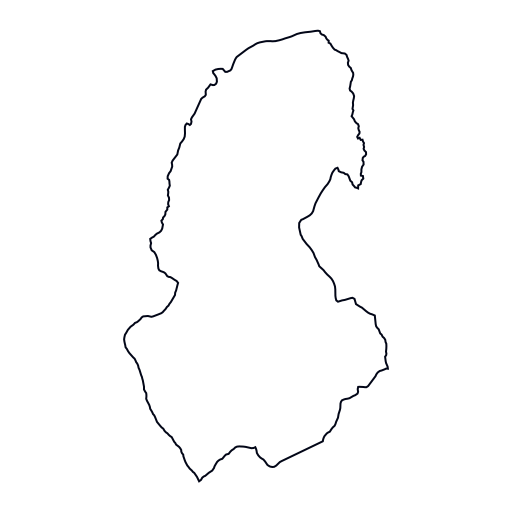 Kabuchai, Western, Kenya
{"feature_id": "3690345B50484339603555", "entity_name": "Kabuchai", "entity_type": "district", "adm_level": 2, "iso_a3": "KEN", "parent_name": "Kenya", "parent_adm1": "Western", "projection": "natural_earth1", "projection_center": [34.605, 0.696], "detail": "fine", "context": "isolated", "style": "outline", "palette": "ink", "viewbox_px": 512, "rotation_deg": 0, "n_neighbors": 0, "source": "geoboundaries", "source_scale": "gbopen_adm2", "svg_char_len": 6032}
<svg xmlns="http://www.w3.org/2000/svg" viewBox="0 0 512 512"><path d="M330.4,43.6L328.6,42.7L328.7,40.7L327.3,39.7L326.3,38.4L325.6,36.7L323.8,35.1L321.8,34.5L320.5,33.3L319.9,31.2L318.0,30.7L315.1,31.0L310.8,31.7L305.0,32.3L300.6,33.0L296.9,34.0L291.8,36.3L289.8,37.0L285.1,38.4L282.3,39.4L279.1,40.3L275.5,41.1L273.9,41.2L272.4,41.3L270.5,41.1L267.1,41.1L265.3,41.3L259.8,42.4L257.3,43.2L255.4,44.2L253.3,45.6L248.5,48.2L246.2,49.8L236.7,57.0L235.8,58.3L235.0,59.8L233.2,64.2L232.3,66.8L231.5,69.0L230.4,70.4L227.0,71.9L225.3,71.9L222.7,68.9L220.8,68.8L218.2,69.0L215.5,69.6L212.8,71.1L213.3,73.2L214.3,74.3L215.6,76.1L216.7,78.3L216.9,81.7L216.1,83.7L214.4,85.0L212.9,85.1L210.5,84.4L208.1,87.7L206.1,89.6L205.6,91.5L205.8,94.8L204.8,96.3L202.6,97.6L201.2,98.9L194.6,113.6L191.9,117.4L191.0,119.3L191.5,121.6L191.0,123.9L189.8,125.0L188.5,124.1L186.8,123.5L185.5,125.0L184.9,126.9L184.9,130.0L185.0,133.4L184.7,136.6L183.7,139.1L182.1,141.4L180.3,143.5L179.3,147.5L178.1,150.5L177.3,154.5L172.6,160.6L171.7,162.7L172.1,164.6L172.2,166.6L170.6,171.2L169.1,173.1L167.7,176.2L167.6,178.7L169.1,179.9L169.4,181.5L169.5,183.5L169.8,185.7L169.0,187.6L167.8,189.8L168.3,191.7L168.2,193.4L167.9,195.4L169.0,197.7L169.1,200.1L168.3,202.0L168.1,204.1L168.9,206.3L167.3,207.4L167.3,209.6L165.5,211.8L165.3,214.5L164.4,216.2L163.1,217.5L162.8,219.2L161.4,220.7L161.9,222.6L163.0,224.5L162.2,228.6L161.1,230.8L159.4,232.4L156.8,233.7L155.2,235.1L153.9,236.6L152.0,237.6L150.2,238.9L150.5,241.2L151.1,243.1L150.5,245.5L150.5,247.4L151.7,250.3L154.3,252.1L155.9,254.8L157.1,258.0L157.8,260.9L158.1,263.2L158.0,265.6L158.4,268.6L159.3,270.3L161.1,271.3L162.7,271.8L164.1,272.4L165.4,273.4L167.3,276.2L168.8,276.9L170.4,277.1L172.1,278.1L174.4,279.7L176.6,281.0L178.1,282.9L177.5,284.9L176.1,290.5L175.2,292.6L175.0,295.0L170.9,302.0L169.4,303.9L168.5,305.6L166.9,307.0L165.6,309.0L163.9,310.8L162.7,312.2L161.3,313.2L158.1,314.5L153.1,316.4L151.4,316.8L147.9,316.0L143.2,316.4L141.7,317.4L140.4,319.2L138.1,321.3L136.9,322.2L135.0,322.9L133.4,324.7L130.6,326.7L127.9,329.8L126.1,333.0L125.0,334.7L124.4,337.3L124.1,339.3L124.4,341.5L124.8,343.4L125.2,345.0L125.6,347.3L126.9,349.0L128.0,351.1L129.3,353.0L133.1,357.3L134.6,358.7L135.6,360.7L136.2,362.2L137.2,363.5L138.1,365.5L138.6,367.9L139.5,369.8L141.2,375.3L141.9,376.9L142.3,378.7L142.8,380.3L144.0,386.7L144.0,389.5L145.2,391.7L146.2,393.1L146.4,394.8L146.4,396.7L146.2,398.8L147.0,400.8L149.2,404.9L149.9,407.0L150.2,408.8L151.4,410.7L152.4,412.5L153.0,414.0L154.2,415.3L155.0,416.9L157.0,421.9L160.1,425.7L161.6,427.4L163.3,428.7L164.5,430.8L166.0,432.4L167.4,433.3L168.7,434.8L170.0,436.0L171.7,437.1L174.2,441.8L175.3,443.0L176.1,444.6L179.0,446.8L180.3,448.4L181.2,450.0L181.3,451.6L182.0,453.2L183.2,454.6L183.4,456.3L184.7,460.1L185.5,462.1L187.3,465.5L188.4,466.8L189.7,468.6L191.8,470.5L193.0,472.0L194.2,472.8L197.0,476.9L199.1,481.3L201.0,479.9L202.3,477.6L203.9,476.4L205.3,475.8L208.8,472.8L212.2,470.6L214.0,468.0L214.5,466.4L215.6,464.4L217.2,461.8L218.6,460.5L220.2,459.5L222.3,458.8L224.8,455.7L226.1,454.5L228.6,453.9L230.2,451.8L231.7,450.3L233.7,449.0L235.3,447.4L237.1,446.6L239.3,446.4L243.4,446.6L245.7,446.9L251.5,448.2L253.6,448.0L255.3,447.2L256.0,448.8L256.5,450.5L256.9,453.0L258.3,455.4L260.1,457.4L261.8,458.6L263.4,459.5L265.1,461.5L267.4,464.9L268.7,465.8L270.2,466.6L272.4,467.0L274.2,466.8L276.2,465.6L279.8,462.1L281.6,461.1L322.8,441.3L323.2,439.2L323.8,437.5L324.5,436.1L326.8,433.4L328.1,432.5L329.8,431.7L331.4,429.2L332.8,427.4L334.6,425.8L335.5,423.9L336.1,421.9L338.0,417.7L338.6,414.0L339.9,410.0L340.3,408.1L340.5,403.5L341.0,401.8L342.0,400.3L344.1,399.4L345.5,399.0L347.5,398.7L349.5,398.2L353.4,395.9L355.2,395.2L357.5,393.6L358.1,391.8L357.7,389.1L358.2,386.9L359.6,386.8L363.5,387.0L364.9,387.2L366.4,387.2L368.1,386.1L375.5,376.2L376.3,374.4L377.7,372.5L379.7,371.0L381.6,370.5L384.7,369.3L386.1,368.6L387.9,368.7L387.6,366.6L386.1,363.1L385.7,361.4L385.1,356.7L386.1,355.3L386.4,353.7L386.0,351.6L386.3,348.7L386.4,346.1L386.3,343.7L385.6,342.1L385.2,339.7L384.0,337.9L382.6,336.7L381.6,334.6L380.2,333.4L378.7,329.3L377.3,327.9L376.2,326.4L375.7,324.2L374.8,315.5L372.0,314.3L370.0,313.7L368.0,312.6L365.9,311.0L361.9,307.6L359.9,306.6L356.0,304.1L354.5,298.9L352.5,297.8L350.8,298.1L344.9,299.9L342.1,300.4L338.0,301.7L336.3,300.4L335.7,298.1L335.4,295.8L335.3,289.5L335.0,286.5L334.1,283.7L333.0,281.1L331.4,278.6L329.7,276.8L327.2,274.5L325.1,272.2L323.5,270.1L319.3,266.3L318.6,264.4L316.6,259.9L315.0,257.1L313.5,253.0L311.8,250.2L309.6,247.2L306.6,244.0L302.7,238.9L301.6,236.1L300.7,234.8L299.1,227.5L299.2,223.0L300.4,221.1L301.3,219.8L302.9,219.2L307.5,216.7L309.8,215.3L311.7,213.5L313.1,211.2L314.5,206.2L315.5,203.3L318.5,197.5L320.8,193.3L322.6,190.5L324.9,187.2L327.6,184.1L329.3,181.4L330.3,179.3L330.8,176.9L331.5,174.8L332.4,172.6L334.0,170.3L335.4,168.6L337.5,167.8L338.3,169.4L338.8,171.2L341.1,172.3L343.7,172.8L345.3,174.1L347.4,174.4L348.7,176.3L350.3,180.7L352.1,182.3L352.6,184.5L354.0,186.0L355.1,187.4L356.7,187.8L358.1,188.4L358.2,185.4L360.7,184.1L361.1,182.0L361.6,180.3L363.3,178.6L362.9,176.0L360.9,175.6L360.8,173.8L361.4,172.1L361.4,169.4L362.1,166.7L363.6,164.5L363.5,161.8L362.5,160.3L362.8,157.9L363.7,156.7L365.1,156.0L366.1,154.3L366.0,152.1L364.4,150.5L363.6,148.8L364.1,147.0L363.5,144.9L364.0,143.1L363.0,141.5L362.5,139.7L360.7,139.9L359.6,137.8L358.0,138.5L357.2,136.9L358.2,135.0L359.4,133.5L359.6,131.9L358.7,129.9L358.3,128.1L358.8,126.2L358.0,124.1L356.5,123.2L354.9,121.4L354.0,119.2L351.6,116.2L352.3,114.6L352.8,112.3L353.4,110.4L352.5,108.9L353.1,105.1L352.9,102.6L353.3,100.4L353.8,98.3L354.1,96.1L353.2,93.5L351.7,91.7L350.1,90.5L349.6,88.6L350.2,86.1L350.9,81.7L351.8,80.4L352.3,78.4L353.0,76.5L353.3,74.7L353.1,72.8L352.2,71.4L351.4,69.9L350.8,68.0L349.2,66.6L348.1,64.9L347.9,62.7L348.6,60.7L348.0,58.8L347.2,57.1L346.5,54.9L344.8,53.5L341.4,53.1L339.6,52.1L337.6,51.1L336.2,50.2L334.6,49.6L332.9,47.7L331.7,45.9L330.4,43.6Z" fill="none" stroke="#020617" stroke-width="2"/></svg>